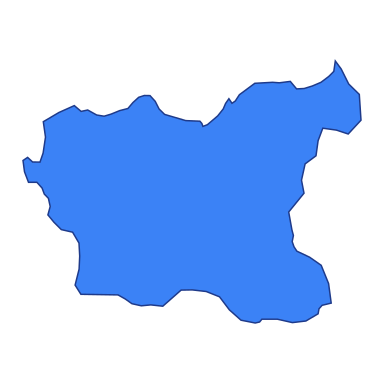 map outline of Lovech (Albers equal-area conic projection)
{"feature_id": "BGR-2247", "entity_name": "Lovech", "entity_type": "Province", "adm_level": 1, "iso_a3": "BGR", "parent_name": "Bulgaria", "parent_adm1": "", "projection": "albers", "projection_center": [24.557, 43.037], "detail": "fine", "context": "isolated", "style": "filled", "palette": "blue", "viewbox_px": 384, "rotation_deg": 0, "n_neighbors": 0, "source": "natural_earth", "source_scale": "10m", "svg_char_len": 1357}
<svg xmlns="http://www.w3.org/2000/svg" viewBox="0 0 384 384"><path d="M255.2,323.0L241.0,320.2L229.4,309.9L219.5,296.8L206.2,291.5L192.2,289.9L181.1,290.1L162.8,306.2L150.8,304.9L141.3,305.8L131.9,303.7L125.1,298.9L118.0,294.9L80.9,294.3L75.1,285.1L79.1,269.1L79.7,256.1L79.0,243.1L72.6,232.2L61.3,229.6L54.0,222.3L47.9,214.9L50.2,206.5L48.4,198.3L44.3,194.1L42.1,188.1L36.9,182.3L28.5,182.3L24.5,171.8L23.0,160.5L27.6,157.4L32.6,162.0L40.0,162.1L43.1,153.1L45.5,137.1L43.3,121.7L58.9,112.5L74.3,105.6L81.1,111.4L87.7,110.0L96.7,115.0L104.1,116.2L111.1,114.1L119.7,110.6L127.9,108.5L132.9,102.6L138.7,97.3L144.3,95.5L150.0,95.6L155.2,101.3L159.1,109.0L164.6,114.4L185.7,120.6L199.9,121.2L201.9,123.5L202.9,126.4L207.4,124.7L217.7,115.9L223.2,109.0L225.6,103.4L228.9,98.7L232.0,103.3L235.3,101.0L239.4,94.7L254.8,83.3L272.6,82.3L279.3,82.8L290.3,81.4L296.6,88.9L304.2,88.5L312.3,86.0L321.0,82.3L328.7,76.5L333.8,71.4L335.3,61.0L341.2,69.0L348.7,84.0L359.3,94.4L361.0,120.2L348.2,134.0L336.4,130.1L322.8,128.2L318.1,140.7L316.0,155.8L305.1,163.9L301.5,180.2L304.0,193.2L288.7,212.0L291.9,229.8L293.4,235.5L292.2,241.6L294.0,246.8L296.9,251.2L309.6,257.2L321.2,265.3L328.6,283.6L331.2,303.1L322.1,305.3L319.0,308.8L318.1,313.8L305.9,321.0L292.4,322.6L277.4,319.2L261.9,319.2L259.6,322.0L255.2,323.0Z" fill="#3b82f6" stroke="#1e3a8a" stroke-width="1.5"/></svg>